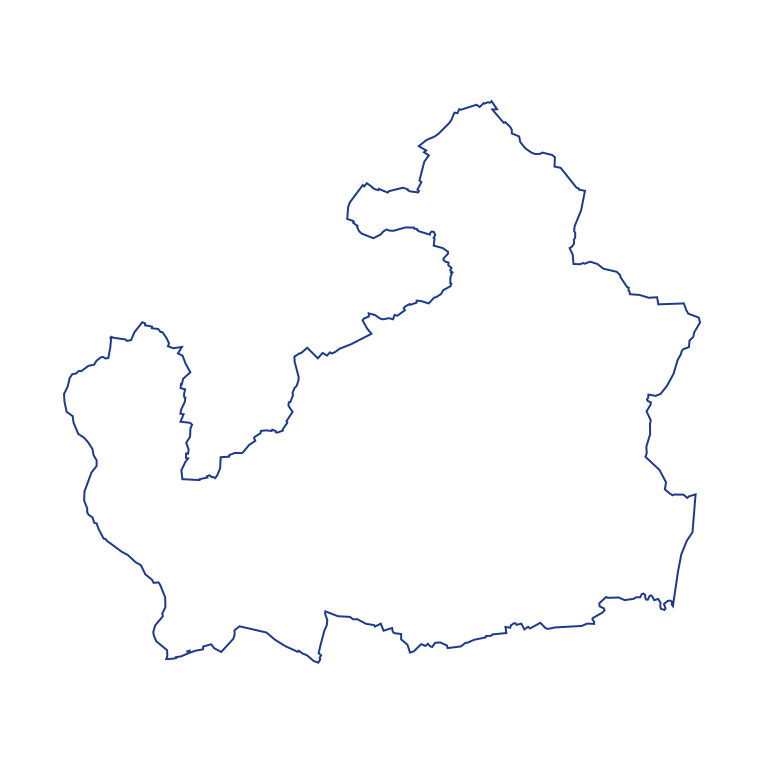 Wiset Chai Chan, Ang Thong, Thailand, rotated 4°
{"feature_id": "78962969B38552954370862", "entity_name": "Wiset Chai Chan", "entity_type": "district", "adm_level": 2, "iso_a3": "THA", "parent_name": "Thailand", "parent_adm1": "Ang Thong", "projection": "orthographic", "projection_center": [100.305, 14.571], "detail": "fine", "context": "isolated", "style": "outline", "palette": "blue", "viewbox_px": 768, "rotation_deg": 4, "n_neighbors": 0, "source": "geoboundaries", "source_scale": "gbopen_adm2", "svg_char_len": 6132}
<svg xmlns="http://www.w3.org/2000/svg" viewBox="0 0 768 768"><g transform="rotate(4 384 384)"><path d="M677.5,282.7L652.1,285.4L650.4,278.4L642.2,279.5L632.4,277.3L623.0,277.3L622.7,275.1L621.2,273.2L621.4,270.9L619.8,270.4L612.5,261.0L611.9,258.8L608.2,255.8L594.9,253.7L588.5,249.4L581.1,247.6L575.8,250.0L574.5,249.4L571.3,250.8L564.7,251.1L563.2,241.7L559.7,235.5L562.0,233.8L563.7,230.9L563.4,226.8L564.5,224.5L564.2,219.8L563.0,218.2L563.2,213.1L568.5,197.1L571.0,177.3L564.9,176.5L564.6,175.3L562.4,174.8L545.1,156.0L538.9,155.2L538.7,146.0L535.8,143.8L525.7,142.1L523.6,143.6L518.5,144.0L515.2,143.0L508.7,139.2L503.1,133.2L501.5,127.6L494.0,125.1L493.8,121.7L492.1,118.9L486.7,114.3L485.2,115.1L472.9,102.6L477.6,102.0L471.6,94.4L470.1,96.0L467.9,95.7L464.8,97.3L463.9,96.8L460.1,101.0L456.8,99.0L441.4,105.1L439.9,104.6L438.4,108.7L435.3,108.4L432.9,115.7L431.0,119.0L420.6,130.9L417.1,133.7L409.4,137.6L402.1,144.3L409.8,148.1L407.7,150.0L412.8,152.8L408.7,159.4L405.2,178.4L407.2,180.0L403.8,187.8L405.4,189.1L404.7,190.5L396.5,190.0L394.3,189.1L394.1,188.1L389.2,186.9L375.4,191.3L374.4,192.8L365.2,189.7L364.8,191.0L362.0,190.5L358.9,189.2L358.9,188.6L352.9,184.9L350.4,188.3L349.0,187.0L337.2,205.3L335.9,210.0L335.8,221.9L341.9,223.5L342.6,224.2L342.0,225.3L346.6,228.2L346.2,229.4L348.6,233.4L351.3,235.5L363.1,239.3L370.1,235.2L372.6,232.0L375.7,229.7L378.8,230.6L382.8,230.5L394.6,226.3L403.1,225.9L403.3,226.9L406.3,227.2L406.4,228.1L408.6,229.3L419.3,231.8L419.6,230.0L421.0,228.5L423.2,228.9L424.7,232.0L423.3,234.8L424.3,235.6L423.9,242.5L433.0,244.3L438.6,247.6L438.8,249.5L434.8,254.3L434.6,256.0L436.9,257.8L439.9,258.3L439.8,260.9L443.2,263.5L442.1,265.9L444.4,267.8L443.1,268.5L443.9,269.7L442.8,272.7L443.1,278.8L444.2,279.3L443.5,281.8L436.4,286.4L434.7,290.2L430.2,293.6L428.0,294.3L423.0,300.5L415.8,298.8L410.8,298.5L410.8,300.6L404.6,303.2L404.0,302.5L399.8,305.1L398.4,307.0L399.7,309.0L392.5,315.0L389.7,314.4L388.5,318.8L384.2,318.0L378.9,319.5L375.8,319.1L370.4,315.9L363.8,314.6L364.2,317.7L359.4,320.1L358.2,322.0L363.1,329.6L368.0,334.8L348.6,346.5L337.3,351.9L332.9,355.6L329.9,357.2L327.9,356.2L325.2,359.6L320.6,357.3L316.2,363.0L304.9,353.2L298.9,359.2L298.0,359.1L292.7,362.9L293.3,368.0L298.4,383.1L298.4,386.5L297.0,392.0L295.0,394.3L293.4,399.2L294.0,401.6L291.9,408.4L290.3,408.9L290.2,412.4L294.7,418.2L289.3,427.9L290.3,429.4L286.1,436.3L286.4,437.5L280.8,440.0L279.4,439.6L279.2,438.4L275.7,437.4L275.2,438.7L269.4,438.5L264.4,439.4L264.3,441.7L258.5,445.9L258.2,447.1L259.6,449.7L253.7,454.2L248.1,462.0L246.6,462.9L239.9,463.2L234.5,465.8L234.6,467.3L226.2,468.4L226.4,479.6L223.9,487.0L222.1,489.7L220.2,488.6L218.8,489.0L216.3,487.2L213.8,488.4L214.3,489.6L206.7,491.8L206.7,492.7L189.5,493.0L187.9,484.1L191.4,475.4L193.8,471.9L191.6,471.5L191.4,467.1L193.4,467.2L193.7,463.1L190.8,456.5L194.2,450.2L194.0,441.8L195.4,438.0L193.4,436.3L183.6,435.8L186.2,428.2L183.0,427.8L183.4,423.7L186.5,415.8L186.8,411.5L185.7,411.2L185.2,407.9L186.0,403.2L181.4,402.3L181.4,398.4L182.3,398.5L183.3,392.8L190.0,385.8L184.7,377.6L181.0,369.7L176.3,367.9L179.8,361.2L171.2,363.0L165.9,361.4L166.7,358.5L163.9,353.4L159.3,347.7L157.5,347.7L154.8,344.8L148.5,344.6L148.5,342.9L141.6,342.1L141.4,340.2L138.6,339.2L131.3,350.0L128.6,357.9L124.6,358.9L122.9,357.6L110.4,356.7L108.9,355.9L107.8,356.9L108.6,358.0L108.4,366.5L107.2,377.3L104.5,378.0L101.8,376.6L99.8,377.1L95.7,380.7L93.4,385.0L87.9,386.5L81.1,392.3L78.4,392.4L76.1,395.0L72.4,395.9L70.1,399.8L68.7,408.3L65.5,416.4L66.4,423.4L69.3,433.8L75.7,437.8L76.9,444.0L82.5,455.1L88.7,458.6L93.0,462.9L97.7,469.2L99.3,475.3L102.7,480.3L103.0,485.9L98.4,492.6L92.7,512.2L93.0,521.3L96.6,528.7L96.9,532.8L98.5,535.1L102.6,537.5L104.5,542.6L107.1,543.2L109.4,548.6L115.1,557.8L117.1,558.1L118.8,560.0L134.0,569.6L140.4,572.5L148.5,579.0L154.2,581.8L159.3,590.7L166.1,595.3L168.0,598.4L173.0,597.7L174.9,600.3L180.6,612.2L181.5,622.0L178.8,628.5L179.6,631.1L172.6,640.7L171.1,647.5L172.0,651.2L174.9,656.6L186.2,664.7L186.8,670.2L186.0,673.6L192.3,672.8L195.7,671.9L195.5,671.0L200.5,669.9L207.2,666.5L206.5,664.4L208.7,663.5L209.1,665.6L214.6,663.2L222.1,661.3L221.9,658.5L229.7,655.7L233.0,659.4L240.3,662.7L251.4,648.8L252.4,644.8L252.1,640.0L256.8,635.8L284.1,640.1L292.9,646.6L303.9,652.4L316.6,657.2L317.6,656.0L321.4,658.5L326.1,660.0L333.0,665.1L337.9,666.6L339.6,663.2L338.9,661.6L340.2,659.0L337.6,657.2L338.7,649.9L341.7,634.2L343.7,628.8L343.9,623.4L341.2,617.2L341.4,614.9L354.4,618.9L366.3,618.7L369.5,620.9L373.8,620.5L382.8,624.5L391.0,625.2L391.9,626.6L397.5,623.3L400.8,630.1L409.1,626.9L410.0,630.3L411.4,631.8L418.6,632.2L418.9,637.5L425.6,642.5L428.7,650.1L432.4,648.6L439.3,640.9L443.6,642.4L445.9,640.1L448.2,642.4L450.4,643.0L453.1,638.6L458.2,637.9L465.0,640.5L465.9,643.0L479.1,640.4L483.3,636.5L485.0,636.4L491.7,632.9L503.0,629.7L503.4,628.3L508.4,627.7L509.8,626.2L523.4,623.9L522.1,617.9L526.9,618.3L527.4,615.9L530.3,613.7L531.8,613.6L533.0,615.0L537.7,613.5L541.1,619.0L544.7,616.1L546.7,617.7L556.6,611.3L562.3,616.4L565.1,616.8L571.7,614.9L598.0,611.6L603.3,608.9L610.4,608.6L610.1,606.4L608.3,604.2L608.5,603.0L617.8,596.8L619.8,594.6L619.1,592.5L614.6,590.8L614.1,587.7L620.5,580.9L622.1,581.7L633.0,580.6L639.1,582.8L648.0,580.9L650.5,579.1L654.3,579.0L655.8,575.7L657.4,575.0L659.2,576.1L659.7,579.5L660.9,580.9L662.3,580.7L663.6,577.1L665.0,576.3L666.3,577.0L668.6,580.8L672.5,579.3L675.1,582.8L675.0,586.4L675.9,588.9L679.6,589.8L680.5,588.3L678.6,583.9L682.1,580.7L684.4,580.1L686.2,580.8L686.6,584.1L687.7,585.4L690.4,550.2L692.5,533.1L697.0,519.3L702.1,510.3L702.5,472.4L696.3,474.7L694.4,476.5L690.6,473.5L681.4,474.0L679.5,474.9L676.4,473.0L671.5,469.6L672.2,462.4L664.8,450.5L649.9,438.4L650.9,434.8L650.1,428.0L653.0,415.6L652.1,405.3L652.7,401.7L647.8,393.0L651.3,386.3L651.5,383.6L648.3,382.6L647.4,381.1L648.5,379.2L648.5,376.1L655.7,376.9L660.5,374.7L666.3,366.3L672.1,353.7L675.3,339.4L678.0,333.8L678.7,330.3L680.1,328.4L685.7,325.9L685.7,319.4L689.2,315.5L689.9,310.8L695.0,300.5L693.3,295.8L682.7,292.6L680.4,289.3L677.5,282.7Z" fill="none" stroke="#1e3a8a" stroke-width="2"/></g></svg>